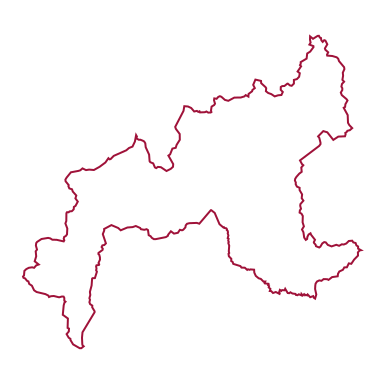 the district of San Antonio de Putina, Puno, Peru, rotated 180°
{"feature_id": "86281439B17280612130391", "entity_name": "San Antonio de Putina", "entity_type": "district", "adm_level": 2, "iso_a3": "PER", "parent_name": "Peru", "parent_adm1": "Puno", "projection": "mercator", "projection_center": [-69.619, -14.709], "detail": "fine", "context": "isolated", "style": "outline", "palette": "rose", "viewbox_px": 384, "rotation_deg": 180, "n_neighbors": 0, "source": "geoboundaries", "source_scale": "gbopen_adm2", "svg_char_len": 5896}
<svg xmlns="http://www.w3.org/2000/svg" viewBox="0 0 384 384"><g transform="rotate(180 192 192)"><path d="M73.9,347.6L74.0,344.2L73.4,341.4L74.6,339.4L70.6,337.9L70.5,336.9L73.8,332.4L76.8,330.5L77.4,325.4L83.3,321.9L83.3,320.1L84.0,318.9L82.9,317.7L86.4,312.5L84.2,310.8L84.9,307.2L87.1,304.9L90.1,304.1L90.1,300.4L92.3,298.2L94.1,298.6L96.1,300.3L96.7,300.3L99.6,298.0L101.8,297.9L103.2,297.0L103.3,294.2L101.2,292.0L102.6,289.0L105.9,288.7L109.3,287.6L112.7,289.9L115.8,291.0L118.1,292.8L117.8,295.8L118.5,296.9L122.8,300.8L123.0,303.1L128.6,304.4L130.8,299.1L129.2,295.9L131.6,294.0L131.9,292.7L135.4,290.1L135.6,287.4L138.3,288.9L139.6,287.6L143.2,286.5L149.7,286.4L155.7,283.2L159.1,284.1L162.6,287.2L164.1,287.8L165.7,287.1L167.4,285.2L169.7,285.6L170.0,283.8L169.0,280.3L169.8,279.0L172.4,277.4L173.0,273.6L172.6,271.9L173.3,271.5L175.8,271.4L177.6,272.5L179.1,271.8L184.0,271.6L184.5,272.7L185.7,272.1L187.1,273.1L189.8,272.5L192.8,276.0L196.0,277.5L199.7,277.8L200.5,273.1L208.8,257.1L208.1,255.1L204.3,250.0L204.2,244.2L207.4,239.1L208.3,236.2L211.6,235.4L213.9,229.6L215.6,228.4L210.8,219.9L211.0,217.2L213.3,215.1L217.5,213.0L223.1,216.8L226.1,217.1L227.8,215.9L229.1,216.6L230.8,220.6L233.7,221.8L234.4,222.8L234.9,229.4L238.3,236.8L238.7,240.7L239.8,242.5L241.2,243.3L243.7,244.3L245.1,244.2L247.1,245.3L247.5,247.0L247.1,247.5L247.9,248.9L249.1,242.4L251.5,237.4L255.0,236.0L257.7,233.7L270.3,228.1L273.4,224.9L274.5,224.7L275.6,225.8L278.6,221.5L284.4,217.2L290.1,214.0L294.9,214.4L298.0,213.9L301.5,215.6L303.7,213.7L305.6,213.1L313.1,211.7L317.4,206.4L318.6,204.4L318.4,202.7L315.3,198.9L315.6,197.8L314.7,195.6L312.0,194.7L311.2,192.4L307.7,188.5L308.6,185.6L306.2,182.4L308.5,178.1L310.1,177.1L310.3,174.7L311.3,173.6L312.2,172.8L314.4,172.6L315.4,171.7L317.0,171.8L317.6,170.8L317.7,163.0L318.6,160.6L316.7,155.5L317.0,149.6L318.2,148.0L319.8,147.1L320.3,145.2L319.7,143.7L320.3,142.6L327.4,144.2L331.7,144.3L333.7,145.6L335.9,146.1L342.5,145.0L346.9,142.1L347.8,140.9L348.1,138.4L347.0,134.4L348.3,132.7L347.8,127.7L349.3,122.7L345.3,119.5L347.8,118.6L349.9,116.2L351.9,116.7L355.2,116.2L357.7,114.9L359.6,113.1L360.0,108.5L361.0,107.5L360.5,106.2L358.9,105.6L357.0,103.2L355.6,102.6L354.8,100.1L352.1,98.3L349.9,93.7L347.4,92.0L338.6,89.9L335.6,88.4L335.0,87.0L333.0,87.8L330.2,88.0L324.9,86.7L322.0,87.5L320.4,87.4L319.7,86.1L319.7,83.3L318.5,82.3L319.6,81.2L320.3,78.7L321.2,69.2L316.1,65.5L316.4,56.1L315.0,55.4L315.2,52.5L317.4,49.9L315.3,46.3L313.6,45.2L313.5,43.9L310.9,39.6L304.3,35.8L302.7,35.8L300.3,37.7L301.4,38.7L301.7,39.7L302.0,46.3L301.5,51.7L289.4,71.8L289.4,72.7L291.8,76.7L291.7,78.4L293.9,79.9L294.6,81.8L294.0,84.2L294.6,85.8L293.7,89.0L294.1,92.1L292.4,98.5L291.9,105.3L291.5,105.8L289.1,105.9L287.1,112.3L287.9,113.8L287.5,115.2L287.9,117.7L287.5,118.7L285.1,119.0L284.8,119.7L285.5,121.0L284.0,124.4L284.1,126.8L284.7,129.1L285.6,130.0L285.5,131.1L281.5,134.0L281.2,135.2L282.4,137.0L281.6,138.6L279.7,139.0L278.1,140.6L281.2,149.9L279.8,153.4L279.9,155.0L272.6,158.9L265.8,156.0L263.3,153.7L256.6,156.5L251.4,156.9L248.2,158.0L243.8,156.0L243.1,154.8L239.7,154.2L237.4,154.8L236.0,153.9L235.3,148.8L233.4,147.8L232.2,146.2L230.2,144.9L228.1,144.9L218.1,146.9L216.1,148.2L215.8,149.4L213.1,152.7L210.0,150.4L206.1,151.2L204.1,154.2L202.0,153.7L200.8,154.2L198.6,156.6L198.3,158.6L197.0,160.2L194.7,160.8L187.2,161.1L184.7,160.3L173.2,173.8L172.7,173.8L169.3,171.1L164.5,159.8L160.6,156.5L160.1,156.8L159.5,156.0L157.7,155.7L157.0,154.7L157.2,154.0L156.3,153.1L156.0,151.7L156.3,150.7L155.6,148.6L156.3,145.8L155.4,145.2L155.8,143.3L155.2,142.0L155.7,141.0L154.8,138.4L155.2,132.7L154.8,131.0L155.5,130.2L155.1,127.7L152.7,125.2L152.8,123.0L151.4,122.1L150.7,120.1L143.6,117.9L142.5,116.4L139.2,116.3L136.8,114.1L136.0,114.7L134.4,114.2L133.5,114.6L129.9,114.3L129.7,111.4L128.2,108.1L125.3,105.7L123.2,105.1L120.6,102.5L118.8,102.5L119.5,101.1L119.2,100.6L115.5,100.2L115.3,99.8L115.9,98.8L114.9,97.9L115.3,96.6L113.6,95.1L114.2,93.0L112.8,92.9L111.0,91.0L108.2,92.0L104.5,90.1L104.0,91.5L104.7,90.8L105.1,91.2L104.1,94.1L102.7,93.1L101.9,93.9L99.5,93.7L98.8,95.2L96.3,91.0L94.8,90.8L93.6,91.7L91.6,90.5L88.5,90.1L88.1,89.1L86.5,88.8L85.2,89.7L82.7,88.7L82.5,90.0L81.3,88.5L79.9,89.8L79.0,88.7L78.2,89.2L76.8,88.6L76.3,89.5L73.8,86.8L70.8,87.9L70.1,86.2L68.9,85.4L67.7,89.5L68.9,95.0L68.7,98.6L68.4,100.4L67.0,102.5L64.7,103.6L62.5,103.2L60.4,104.9L56.8,104.8L55.5,104.1L51.9,106.9L46.3,107.7L46.0,110.2L44.7,112.5L41.1,114.2L39.7,116.6L37.1,116.7L35.2,120.6L32.7,120.2L29.9,124.4L26.0,128.4L26.1,131.6L24.5,133.5L23.0,133.8L25.9,135.4L25.9,137.5L27.6,138.6L28.4,141.0L30.7,141.6L31.8,143.3L35.2,143.0L37.7,140.5L40.2,139.5L42.2,139.7L44.9,138.2L47.7,139.2L52.4,137.6L56.2,139.1L58.2,141.6L59.8,141.9L61.7,140.6L63.6,137.4L64.8,136.5L68.0,137.8L68.4,139.3L70.0,141.1L70.2,141.8L69.0,144.2L72.9,149.2L73.5,150.7L75.4,149.5L76.6,147.2L76.9,145.0L78.2,144.1L79.8,146.4L80.6,151.8L82.0,154.5L80.1,157.6L81.4,161.7L81.2,168.0L82.5,170.3L84.4,171.4L84.1,173.7L83.0,175.2L83.8,178.2L83.6,179.9L80.6,183.3L82.3,185.8L81.9,189.6L84.4,193.9L84.4,196.2L87.1,197.4L88.3,199.8L88.2,201.5L89.1,203.5L88.8,205.2L87.6,207.1L84.8,210.3L82.3,212.2L82.7,216.5L80.7,218.8L82.0,219.9L84.0,223.6L64.8,238.1L63.5,239.9L63.5,241.3L64.7,246.1L65.9,247.6L60.7,252.9L56.7,251.7L50.7,244.1L45.7,247.4L39.0,247.7L38.4,249.7L38.7,251.1L37.5,251.8L36.6,253.2L34.2,253.8L31.8,255.9L34.7,258.9L36.0,261.2L36.3,268.9L40.3,276.2L38.9,277.1L38.6,279.8L36.5,283.5L37.5,284.9L42.2,288.9L43.2,291.4L41.7,294.0L41.7,295.8L42.6,297.4L42.0,300.1L39.9,302.3L41.6,304.2L40.9,308.3L41.2,311.3L39.6,314.9L39.9,316.8L45.0,322.9L45.8,325.3L47.3,326.7L51.7,328.0L56.8,328.4L57.0,329.3L55.8,331.7L58.7,334.3L59.1,335.6L56.7,339.7L58.6,343.4L59.8,343.8L61.3,342.1L62.6,343.6L63.1,346.1L64.2,346.4L65.1,348.2L66.4,348.1L71.0,345.2L73.9,347.6Z" fill="none" stroke="#9f1239" stroke-width="2"/></g></svg>